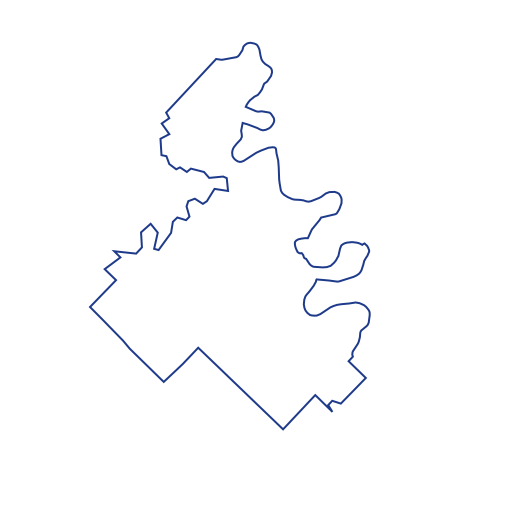 Desha, Arkansas, United States of America (orthographic projection), rotated 313°
{"feature_id": "52423323B73294334838827", "entity_name": "Desha", "entity_type": "district", "adm_level": 2, "iso_a3": "USA", "parent_name": "United States of America", "parent_adm1": "Arkansas", "projection": "orthographic", "projection_center": [-91.105, 33.818], "detail": "fine", "context": "isolated", "style": "outline", "palette": "blue", "viewbox_px": 512, "rotation_deg": 313, "n_neighbors": 0, "source": "geoboundaries", "source_scale": "gbopen_adm2", "svg_char_len": 3423}
<svg xmlns="http://www.w3.org/2000/svg" viewBox="0 0 512 512"><g transform="rotate(313 256 256)"><path d="M372.9,92.5L299.6,92.5L297.6,98.6L288.6,96.7L286.0,109.5L276.6,106.2L265.3,118.1L267.9,122.4L264.1,129.9L265.0,138.5L269.0,140.0L270.3,148.1L275.5,148.8L282.0,160.7L281.2,168.5L291.7,177.8L293.0,181.5L284.5,191.2L276.8,179.9L262.6,182.7L257.9,181.6L256.2,172.2L249.9,169.1L244.9,171.4L239.4,180.5L234.5,180.4L230.5,172.2L224.3,171.9L215.0,178.1L193.9,180.7L191.8,176.6L206.1,168.2L207.7,157.0L194.9,155.8L184.5,166.7L176.0,166.7L162.8,149.1L162.5,157.8L143.2,154.3L142.9,170.1L105.5,169.4L104.8,187.4L103.4,216.7L102.1,226.9L101.0,274.4L127.0,276.1L149.5,276.3L147.7,394.0L194.7,394.2L194.1,418.2L196.2,410.5L202.1,410.5L205.9,418.7L241.7,419.5L242.2,395.5L248.4,395.5L249.5,393.7L251.5,392.2L252.7,391.8L261.0,390.4L263.2,389.7L267.4,387.4L271.0,384.6L272.3,384.0L273.3,383.8L280.2,384.7L281.7,384.7L284.1,383.9L290.3,379.5L292.3,377.5L293.0,376.2L293.4,374.8L293.9,371.3L293.7,368.6L292.8,365.8L292.1,363.9L290.0,360.6L284.9,356.6L278.6,351.0L275.5,348.6L272.3,346.8L269.0,345.4L257.4,342.7L253.9,341.1L252.1,339.3L250.5,337.2L249.7,335.8L249.4,332.4L249.9,329.4L251.1,326.8L253.2,324.0L257.0,321.1L260.1,319.7L262.2,319.4L267.0,319.2L273.5,318.5L277.9,317.4L279.5,316.5L280.2,316.3L287.7,325.9L292.6,332.8L293.9,334.0L307.3,341.6L310.4,342.8L313.0,343.4L314.9,343.4L317.4,342.9L322.6,340.5L326.2,338.5L330.1,337.6L331.9,337.4L336.3,335.8L337.3,334.9L338.7,332.1L339.2,330.2L339.2,326.8L337.8,326.3L336.6,326.1L336.1,324.0L335.3,322.0L334.2,320.2L331.7,316.8L327.8,313.4L325.8,312.2L324.1,311.6L322.0,311.2L318.8,312.4L312.3,316.2L307.2,317.5L304.2,317.7L299.7,317.3L296.2,315.4L293.1,312.5L287.5,305.6L287.0,304.5L286.6,302.6L286.7,300.4L288.1,294.6L287.6,293.4L287.6,292.2L288.9,289.8L289.3,287.7L289.0,287.1L288.0,286.5L287.5,285.4L287.3,283.6L288.7,280.1L289.7,278.3L290.8,276.8L292.4,275.2L293.2,274.9L294.9,274.9L297.1,275.6L299.6,277.3L302.5,279.7L304.4,281.8L312.7,279.0L314.2,278.7L325.5,278.0L328.5,277.4L340.8,285.6L342.3,286.0L347.1,285.0L352.8,282.6L355.6,280.2L356.8,278.5L357.6,276.4L358.1,274.2L357.7,272.4L356.6,269.9L352.8,266.1L349.3,264.4L343.8,263.4L341.5,262.6L333.7,258.9L331.7,257.5L330.4,255.7L329.0,252.7L327.2,250.1L323.5,245.7L322.4,243.9L320.7,239.0L319.9,234.7L320.0,232.0L320.8,229.6L325.2,223.8L327.8,220.7L336.2,212.3L340.9,207.2L344.9,201.2L347.9,197.6L348.2,196.8L348.1,195.6L346.9,194.0L343.7,191.3L336.6,187.8L331.7,185.8L317.4,182.2L317.1,182.1L314.9,181.0L313.7,179.9L312.8,178.2L312.3,175.7L312.3,173.7L312.6,172.1L313.1,170.6L315.3,168.1L317.0,166.9L318.8,166.1L320.7,165.6L324.7,165.3L330.9,165.3L333.5,164.4L334.9,163.0L337.5,159.7L344.2,155.5L346.6,160.2L350.5,169.7L351.4,173.0L352.7,175.4L355.1,177.2L358.3,178.5L360.3,178.8L363.2,178.6L365.9,177.9L367.3,177.1L368.4,175.9L369.1,174.7L370.2,170.1L370.1,168.1L365.8,161.6L362.9,159.0L361.8,157.1L358.1,146.8L360.5,146.0L363.1,145.6L365.9,145.4L371.4,146.2L375.1,147.5L378.5,147.3L382.0,146.7L387.1,144.6L387.8,144.5L391.2,145.2L398.0,144.2L401.2,142.5L402.7,140.9L403.4,139.4L403.6,138.0L403.4,135.5L402.7,131.9L402.8,128.6L403.2,127.0L403.9,125.3L405.8,122.4L409.2,117.9L410.3,115.6L411.0,113.3L411.0,112.1L410.3,110.0L408.2,106.6L407.2,105.7L405.5,104.6L403.0,104.0L400.6,104.0L397.2,105.7L391.3,106.7L389.4,106.6L388.1,106.1L376.8,97.7L375.8,96.7L372.9,92.5Z" fill="none" stroke="#1e3a8a" stroke-width="2"/></g></svg>